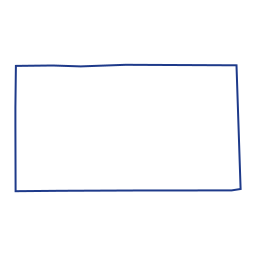 Seneca, Ohio, United States of America (Natural Earth projection)
{"feature_id": "52423323B66347180618520", "entity_name": "Seneca", "entity_type": "district", "adm_level": 2, "iso_a3": "USA", "parent_name": "United States of America", "parent_adm1": "Ohio", "projection": "natural_earth1", "projection_center": [-83.185, 41.124], "detail": "fine", "context": "isolated", "style": "outline", "palette": "blue", "viewbox_px": 256, "rotation_deg": 0, "n_neighbors": 0, "source": "geoboundaries", "source_scale": "gbopen_adm2", "svg_char_len": 281}
<svg xmlns="http://www.w3.org/2000/svg" viewBox="0 0 256 256"><path d="M15.4,107.6L15.4,125.1L15.6,191.2L59.5,190.8L132.8,190.5L231.6,190.4L240.6,189.0L237.1,83.6L236.5,65.3L125.6,64.8L80.7,66.4L52.7,65.5L15.9,65.9L15.4,107.6Z" fill="none" stroke="#1e3a8a" stroke-width="2"/></svg>